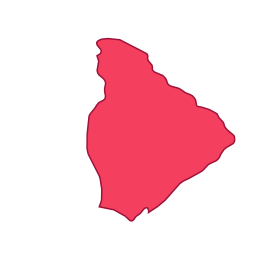 SVG path tracing the border of Gorj, rotated 47°
{"feature_id": "ROU-123", "entity_name": "Gorj", "entity_type": "County", "adm_level": 1, "iso_a3": "ROU", "parent_name": "Romania", "parent_adm1": "", "projection": "orthographic", "projection_center": [23.299, 44.951], "detail": "fine", "context": "isolated", "style": "filled", "palette": "rose", "viewbox_px": 256, "rotation_deg": 47, "n_neighbors": 0, "source": "natural_earth", "source_scale": "10m", "svg_char_len": 1620}
<svg xmlns="http://www.w3.org/2000/svg" viewBox="0 0 256 256"><g transform="rotate(47 128 128)"><path d="M159.1,62.5L160.4,62.0L162.7,60.1L170.1,55.9L178.3,53.2L182.2,54.4L188.6,54.5L190.0,54.9L192.5,56.2L194.6,56.6L196.9,56.7L204.9,55.8L206.1,55.8L207.2,56.3L209.5,58.1L210.5,59.5L211.1,61.6L209.5,68.8L209.2,72.4L210.3,77.5L211.7,80.9L212.2,83.5L212.1,85.8L210.0,92.0L209.5,94.7L210.0,101.1L209.9,103.6L206.3,118.2L204.9,122.4L204.3,124.9L204.0,128.5L206.1,149.9L205.6,159.8L203.8,170.6L202.5,169.2L200.8,168.5L199.9,168.3L199.1,168.6L198.5,169.4L198.1,170.9L198.1,172.2L198.3,173.5L198.6,175.1L198.8,176.9L198.7,179.0L198.2,181.8L198.2,182.9L198.4,184.0L198.8,185.2L198.9,186.6L198.8,188.0L198.2,189.0L197.0,189.7L190.7,190.1L178.2,194.1L166.0,202.8L163.8,198.3L162.5,196.3L155.0,189.0L146.4,183.1L143.3,181.6L120.3,175.0L117.8,173.7L114.7,171.6L104.6,162.0L92.8,148.4L92.0,146.4L91.6,144.3L91.2,140.3L90.8,138.5L90.0,135.3L89.7,133.6L89.6,131.9L90.4,128.8L90.9,127.2L91.0,125.5L90.4,123.9L88.8,122.3L85.4,120.2L83.2,118.1L81.8,116.3L80.8,114.7L79.5,113.5L78.0,112.7L75.4,112.3L69.2,113.0L67.1,112.6L64.8,111.3L59.2,103.9L54.0,101.4L54.8,97.5L54.1,95.9L53.2,94.8L52.0,94.4L47.0,94.1L45.3,93.5L44.2,92.7L43.8,91.2L44.1,89.3L45.1,86.7L48.9,81.7L57.9,73.8L85.9,63.8L87.3,63.6L89.0,64.5L89.9,65.7L91.1,66.7L92.7,67.3L98.3,67.6L99.5,68.2L100.6,69.1L101.6,70.1L102.9,70.6L105.0,70.5L113.3,66.8L116.7,66.7L118.6,67.0L122.6,68.8L124.2,68.8L126.3,68.3L133.5,63.9L135.6,63.2L141.3,62.0L145.9,59.8L148.3,59.0L151.7,59.0L153.7,59.6L155.5,60.6L157.9,62.3L159.1,62.5Z" fill="#f43f5e" stroke="#9f1239" stroke-width="1.5"/></g></svg>